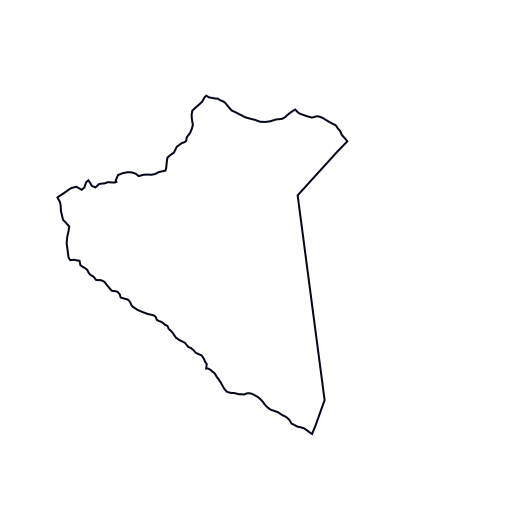 the district of Samrang, Samdrup Jongkhar, Bhutan, rotated 320°
{"feature_id": "84629894B7351985376412", "entity_name": "Samrang", "entity_type": "district", "adm_level": 2, "iso_a3": "BTN", "parent_name": "Bhutan", "parent_adm1": "Samdrup Jongkhar", "projection": "albers", "projection_center": [91.824, 26.908], "detail": "fine", "context": "isolated", "style": "outline", "palette": "ink", "viewbox_px": 512, "rotation_deg": 320, "n_neighbors": 0, "source": "geoboundaries", "source_scale": "gbopen_adm2", "svg_char_len": 3042}
<svg xmlns="http://www.w3.org/2000/svg" viewBox="0 0 512 512"><g transform="rotate(320 256 256)"><path d="M380.2,169.0L377.5,168.5L372.5,168.2L367.0,168.3L364.2,167.7L358.9,164.2L353.6,162.0L349.7,159.6L346.5,156.8L345.3,155.6L342.9,151.3L340.1,147.5L337.0,142.9L332.7,132.7L330.9,129.0L330.8,125.2L330.8,121.6L330.9,119.5L330.3,116.6L328.8,113.9L327.8,110.8L326.1,109.3L323.6,106.2L321.9,104.2L321.0,101.3L318.6,101.4L313.8,103.2L309.9,103.4L304.9,103.5L300.7,103.7L297.6,106.3L295.0,109.7L291.9,115.0L288.6,117.3L284.7,119.3L279.0,120.7L276.6,123.0L274.5,122.9L271.7,121.8L268.9,121.6L265.7,121.4L263.0,122.5L259.6,124.0L257.4,123.8L254.4,123.6L251.5,123.7L249.5,125.3L243.8,130.8L241.5,132.4L235.4,129.2L231.5,128.4L227.9,126.4L225.5,124.1L222.1,121.5L217.5,119.4L216.7,115.5L214.5,112.0L211.8,109.5L207.2,106.9L202.3,105.3L197.1,108.0L196.6,109.5L194.7,108.7L189.9,104.2L186.8,103.1L183.8,101.0L182.0,100.0L177.1,100.3L175.3,96.8L175.9,93.3L176.3,90.3L173.4,90.3L168.4,93.2L165.1,93.3L162.8,87.4L158.8,85.5L156.2,84.9L152.0,84.6L149.6,84.4L143.4,83.6L141.5,83.6L140.5,88.8L138.6,92.1L135.5,96.1L132.0,103.1L131.4,104.6L131.7,107.1L131.9,113.3L128.2,116.6L123.5,120.2L119.2,124.5L111.4,136.7L111.0,139.7L114.1,141.9L117.7,146.3L115.5,150.3L117.5,156.4L117.8,158.3L117.0,161.3L117.0,164.1L118.0,166.5L118.3,167.9L118.2,169.6L118.1,171.4L119.0,172.6L121.3,174.4L122.5,176.4L123.3,178.4L123.1,182.2L123.1,188.8L123.3,190.3L124.6,191.4L126.2,193.2L127.0,195.0L127.0,196.9L126.9,198.3L126.0,199.7L125.8,201.2L127.8,204.1L128.8,205.5L129.8,207.0L130.0,209.2L129.8,210.9L129.1,213.1L128.9,215.4L130.6,221.1L133.0,225.9L135.7,230.7L139.2,235.3L139.9,236.8L139.9,238.8L139.2,240.3L139.0,241.4L139.7,243.1L141.0,245.3L141.7,247.7L142.2,250.4L143.1,252.3L143.0,253.9L142.3,255.4L142.7,258.9L142.8,261.3L142.4,264.2L142.2,267.1L143.3,271.2L145.1,275.2L145.8,277.4L145.7,278.8L145.7,282.3L147.0,284.6L147.6,287.9L147.6,291.2L148.5,293.3L150.5,297.4L150.3,298.5L149.9,301.7L149.0,304.5L148.8,307.1L145.5,310.2L146.9,311.4L148.0,313.9L148.3,316.6L148.8,318.5L148.8,320.5L148.3,323.0L148.1,326.3L147.6,330.6L146.8,334.7L146.3,338.4L146.5,341.3L148.2,344.1L151.1,346.9L151.9,347.8L153.8,350.6L156.5,353.1L158.0,354.5L160.8,355.4L162.9,357.0L164.2,358.9L165.2,361.0L166.5,364.4L167.1,366.6L167.4,369.3L167.5,372.8L167.2,374.9L167.5,379.1L168.0,381.7L168.8,383.8L170.3,386.1L171.4,388.1L172.5,389.9L173.3,393.0L174.1,395.4L175.4,398.0L175.9,400.3L176.2,403.3L175.9,405.2L175.5,407.3L176.6,409.6L177.7,412.6L178.5,413.9L180.0,415.8L182.0,418.8L182.5,420.6L183.2,422.9L183.6,425.3L184.5,428.4L192.5,424.2L215.9,410.5L244.0,366.4L326.9,236.3L385.6,228.3L399.6,226.9L399.8,225.7L399.6,219.9L399.6,217.9L400.3,216.0L400.8,214.1L400.7,211.9L400.7,210.5L401.0,208.4L401.0,206.9L400.6,205.9L399.7,204.1L398.8,201.7L397.5,198.2L396.8,196.1L396.4,194.7L395.4,192.2L394.3,190.3L393.0,188.5L391.3,187.5L388.9,186.5L387.8,185.8L386.2,183.7L384.3,180.7L383.0,178.4L381.6,176.2L380.5,173.5L380.3,171.4L380.2,169.0Z" fill="none" stroke="#020617" stroke-width="2"/></g></svg>